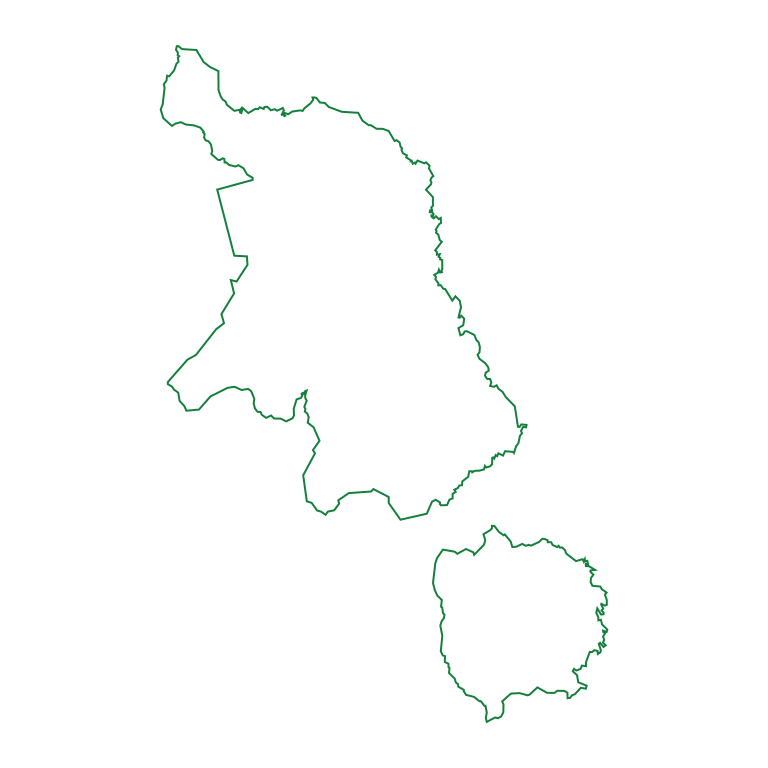 Bosome Freho, Ashanti, Ghana (Robinson projection)
{"feature_id": "2480657B30283206314404", "entity_name": "Bosome Freho", "entity_type": "district", "adm_level": 2, "iso_a3": "GHA", "parent_name": "Ghana", "parent_adm1": "Ashanti", "projection": "robinson", "projection_center": [-1.315, 6.307], "detail": "fine", "context": "isolated", "style": "outline", "palette": "green", "viewbox_px": 768, "rotation_deg": 0, "n_neighbors": 0, "source": "geoboundaries", "source_scale": "gbopen_adm2", "svg_char_len": 6101}
<svg xmlns="http://www.w3.org/2000/svg" viewBox="0 0 768 768"><path d="M440.7,217.9L438.7,219.1L435.9,216.2L433.8,218.4L431.5,216.6L431.5,215.4L433.0,215.8L433.6,214.3L432.1,212.2L429.8,212.2L430.1,210.4L432.1,211.0L431.3,207.5L432.9,205.8L432.9,197.1L426.0,189.7L431.0,184.3L431.4,182.4L430.4,180.4L431.3,177.9L433.3,176.1L429.0,168.5L429.5,165.6L426.0,162.3L424.3,163.3L417.5,160.6L415.6,163.5L415.1,162.6L412.8,163.8L411.7,160.7L410.7,161.1L410.8,160.3L406.2,157.4L406.9,155.4L402.9,153.2L401.5,149.8L402.1,148.4L400.6,146.8L399.6,142.5L396.7,140.2L394.6,141.0L388.7,131.0L382.6,128.8L376.6,128.8L370.7,125.1L368.7,125.2L362.4,120.6L358.2,112.8L341.8,111.8L328.8,107.0L324.7,102.9L319.9,102.5L316.4,97.9L314.0,97.4L312.5,97.5L313.2,99.7L310.3,103.6L304.4,108.3L302.6,110.9L300.0,110.4L292.1,111.6L288.3,114.2L284.5,112.9L284.0,114.4L285.2,115.7L284.4,116.1L283.4,114.4L283.0,115.2L283.0,113.6L281.3,115.5L283.9,110.4L282.8,108.0L277.1,110.7L274.7,109.2L270.9,110.3L267.2,106.7L264.4,107.1L263.7,108.9L259.7,107.3L258.1,109.1L255.2,108.9L248.3,113.1L242.1,107.6L241.1,108.8L242.1,110.2L241.3,113.0L240.1,112.5L239.7,109.8L234.3,110.8L226.9,104.8L225.6,101.6L222.5,99.3L220.5,95.9L218.5,90.0L218.4,71.1L210.0,67.0L203.7,62.1L196.4,50.0L182.1,49.1L178.3,46.1L176.8,46.2L176.0,49.8L177.9,52.7L177.7,55.2L179.2,56.2L177.9,57.7L178.5,61.8L176.5,63.6L174.1,70.4L169.2,76.3L167.1,75.7L166.5,80.5L163.8,84.4L164.6,87.7L162.7,104.3L160.7,109.5L163.3,118.2L171.9,125.9L175.5,123.6L180.9,122.2L185.8,124.5L194.0,125.4L200.3,127.6L203.7,131.6L203.1,132.3L204.6,134.0L204.1,137.7L205.6,140.3L208.4,141.2L211.0,144.5L212.2,151.0L211.3,154.0L217.9,159.8L219.8,160.1L222.8,158.3L224.3,159.0L224.6,162.5L225.9,162.3L229.2,165.0L235.3,166.5L238.3,165.2L243.4,168.2L247.1,174.5L252.6,177.8L252.7,179.9L217.2,189.6L234.3,255.7L246.9,256.4L247.5,264.8L236.6,281.5L230.8,280.1L234.1,293.4L221.4,314.1L224.0,323.2L216.1,329.3L195.9,355.0L187.4,359.7L167.8,382.1L167.9,384.2L171.9,386.5L174.1,389.7L178.2,392.6L179.6,400.9L184.3,406.0L186.4,410.7L198.9,409.6L210.4,396.5L227.6,387.8L234.6,386.8L241.7,390.0L248.1,388.9L251.2,391.2L254.3,398.8L253.7,403.7L255.0,408.6L257.6,411.8L260.6,412.0L261.8,414.8L266.2,417.9L271.1,415.5L274.0,418.5L280.7,418.6L286.2,421.4L292.6,418.2L294.0,415.3L293.7,408.9L296.6,399.4L301.0,397.9L302.1,395.8L301.6,393.7L302.8,393.0L303.6,393.9L305.0,391.3L306.6,390.6L305.2,395.3L305.3,398.1L306.7,400.7L304.3,406.9L305.4,408.8L304.8,411.5L307.2,413.4L308.7,417.2L307.7,422.7L313.6,427.3L319.5,440.8L312.9,450.1L315.0,453.3L303.2,475.3L306.8,501.3L311.7,502.9L317.1,510.5L321.0,511.6L325.6,514.8L327.9,511.6L334.2,510.3L339.1,503.6L338.3,500.3L348.8,493.1L371.1,491.5L373.4,489.1L388.7,497.0L388.7,503.0L400.5,519.7L426.8,513.7L432.0,501.7L435.7,499.8L440.1,502.5L439.8,503.9L440.9,505.3L447.0,505.1L449.4,499.7L452.6,498.4L452.6,493.9L455.7,491.9L454.3,489.7L457.7,488.2L459.4,485.5L462.0,485.2L462.3,481.4L468.2,476.8L469.3,471.2L472.1,471.4L472.3,472.3L474.7,470.8L479.2,470.7L484.0,469.4L484.9,465.9L486.3,467.5L490.1,466.3L492.1,464.3L492.2,457.9L493.2,457.4L494.2,458.6L495.7,455.1L497.1,456.2L498.4,453.3L503.0,455.6L505.1,451.2L513.1,451.9L513.9,453.0L516.2,446.1L518.4,443.2L519.9,436.0L522.0,433.2L521.0,431.0L523.1,426.9L526.1,427.3L526.5,424.9L521.3,424.4L519.6,426.9L518.0,426.9L514.8,406.3L505.8,397.1L502.6,391.9L498.3,388.6L496.6,385.3L494.0,386.8L490.1,385.9L491.3,382.4L490.1,379.0L487.1,378.9L485.0,375.7L485.7,372.7L488.8,370.6L488.2,367.2L485.2,363.2L479.3,358.7L477.6,354.7L479.5,352.3L479.9,347.0L478.6,342.3L476.4,340.0L474.4,335.0L466.9,331.2L464.6,331.5L463.2,334.2L460.4,335.3L458.4,328.1L463.2,325.2L464.2,318.7L461.2,315.7L459.8,317.6L458.5,317.5L461.0,307.2L459.8,300.9L455.4,296.3L452.3,300.6L445.2,289.1L443.3,288.8L440.8,285.2L438.3,285.3L438.5,283.4L435.4,279.3L436.0,276.9L434.2,274.9L437.9,272.8L438.9,269.7L440.0,272.5L442.0,272.2L441.5,270.7L442.3,268.8L442.2,260.0L440.1,259.4L440.3,257.8L438.6,256.8L439.8,254.2L436.9,254.7L436.8,251.8L435.2,250.4L441.8,241.7L439.7,240.0L438.3,234.6L436.0,232.7L436.6,231.1L435.7,229.6L439.2,224.1L441.0,223.0L440.7,217.9ZM582.6,559.2L576.0,561.1L566.3,553.6L565.0,550.2L562.2,547.5L559.8,547.6L558.6,545.8L557.2,547.1L552.7,545.1L551.1,542.2L547.8,542.2L547.6,540.3L544.5,538.9L542.2,538.8L539.2,541.9L530.9,545.7L528.9,544.8L525.8,545.8L522.3,543.9L516.4,546.7L512.3,547.0L510.7,541.5L504.8,534.4L503.7,535.3L499.0,532.0L494.4,526.0L492.0,525.8L491.9,528.3L490.3,530.1L483.5,534.2L485.3,540.3L483.9,544.8L474.2,554.8L473.3,552.3L466.0,549.0L457.3,553.8L454.7,551.7L442.9,549.6L437.0,558.2L435.3,563.3L433.0,583.0L434.8,590.2L437.4,595.7L441.8,599.9L441.1,606.7L442.2,607.5L443.0,613.0L444.5,614.8L443.8,618.4L441.7,621.0L440.3,625.6L442.3,635.6L440.8,651.4L442.8,655.4L445.0,656.2L444.8,662.0L448.4,663.7L448.6,667.3L449.5,667.9L449.0,673.0L454.7,678.6L455.8,682.4L458.0,684.2L458.3,686.7L463.9,689.9L463.7,691.1L466.1,694.9L474.0,696.9L479.6,701.3L480.7,701.1L484.5,705.9L485.5,705.8L486.8,712.7L485.8,717.8L486.8,721.9L495.1,717.5L497.9,718.2L501.0,716.6L503.3,712.4L503.5,704.5L502.2,701.4L510.9,693.6L519.5,693.1L527.4,695.3L529.5,694.7L537.4,687.4L547.0,692.8L554.6,692.9L557.2,690.8L564.3,690.9L567.4,692.7L567.6,698.2L570.0,697.9L572.1,695.2L574.8,694.3L580.8,687.8L585.8,688.7L586.7,685.7L578.3,682.3L577.0,675.1L572.8,671.3L574.0,668.9L576.4,670.5L580.6,668.9L581.9,665.6L586.0,666.1L585.9,662.5L589.8,651.9L591.9,652.1L594.4,650.2L597.6,651.0L597.8,654.0L600.3,652.4L600.9,650.5L598.8,643.8L600.0,642.8L603.5,646.9L605.7,645.3L602.9,642.6L604.2,639.9L603.1,636.6L605.1,633.1L603.1,631.9L603.1,630.6L606.6,631.9L607.3,629.6L602.1,624.5L600.9,619.8L598.4,620.4L598.3,617.2L596.3,612.8L597.3,608.4L601.0,614.5L603.5,614.3L603.6,612.6L601.6,610.5L603.2,608.6L601.2,604.6L601.4,603.8L604.8,605.6L606.8,604.8L606.8,600.0L604.9,594.7L606.6,592.6L601.9,589.3L600.2,586.5L592.4,585.8L590.7,582.2L590.9,578.0L593.4,574.7L590.3,571.7L590.6,570.5L595.1,569.9L588.9,566.2L585.9,566.1L585.8,564.0L588.0,564.1L587.3,560.8L585.1,561.5L584.8,559.2L583.7,561.6L582.6,559.2Z" fill="none" stroke="#15803d" stroke-width="2"/></svg>